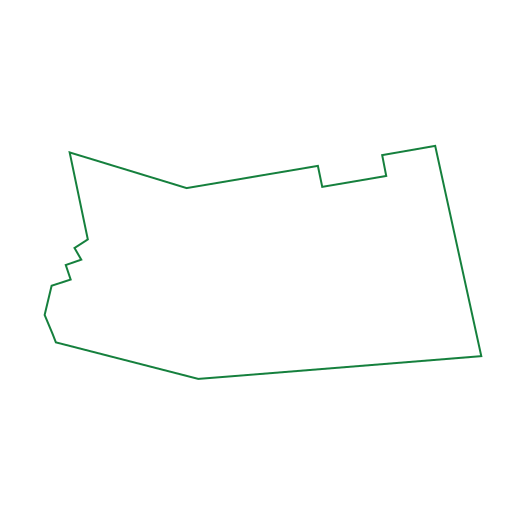 Fulton, New York, United States of America (Robinson projection), rotated 355°
{"feature_id": "52423323B72706838172398", "entity_name": "Fulton", "entity_type": "district", "adm_level": 2, "iso_a3": "USA", "parent_name": "United States of America", "parent_adm1": "New York", "projection": "robinson", "projection_center": [-74.528, 43.135], "detail": "fine", "context": "isolated", "style": "outline", "palette": "green", "viewbox_px": 512, "rotation_deg": 355, "n_neighbors": 0, "source": "geoboundaries", "source_scale": "gbopen_adm2", "svg_char_len": 407}
<svg xmlns="http://www.w3.org/2000/svg" viewBox="0 0 512 512"><g transform="rotate(355 256 256)"><path d="M79.4,136.6L89.9,224.8L75.9,232.2L81.6,244.4L65.7,248.4L69.3,263.3L49.8,267.8L40.3,296.3L46.7,316.3L49.1,324.6L187.8,373.4L222.0,373.7L471.7,375.4L454.3,240.7L444.1,161.9L390.5,166.5L392.7,187.6L328.0,192.9L325.5,171.6L192.8,182.3L79.4,136.6Z" fill="none" stroke="#15803d" stroke-width="2"/></g></svg>